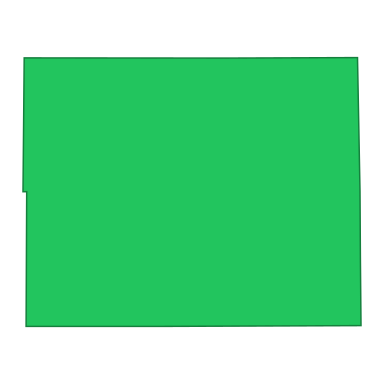 outline of Ellsworth, Kansas, United States of America
{"feature_id": "52423323B44476326195036", "entity_name": "Ellsworth", "entity_type": "district", "adm_level": 2, "iso_a3": "USA", "parent_name": "United States of America", "parent_adm1": "Kansas", "projection": "albers", "projection_center": [-98.23, 38.696], "detail": "fine", "context": "isolated", "style": "filled", "palette": "green", "viewbox_px": 384, "rotation_deg": 0, "n_neighbors": 0, "source": "geoboundaries", "source_scale": "gbopen_adm2", "svg_char_len": 255}
<svg xmlns="http://www.w3.org/2000/svg" viewBox="0 0 384 384"><path d="M24.2,57.9L23.0,191.7L26.7,191.7L26.1,326.4L160.6,326.4L361.0,325.6L360.4,258.6L360.0,191.6L357.5,57.6L224.4,58.1L24.2,57.9Z" fill="#22c55e" stroke="#15803d" stroke-width="1.5"/></svg>